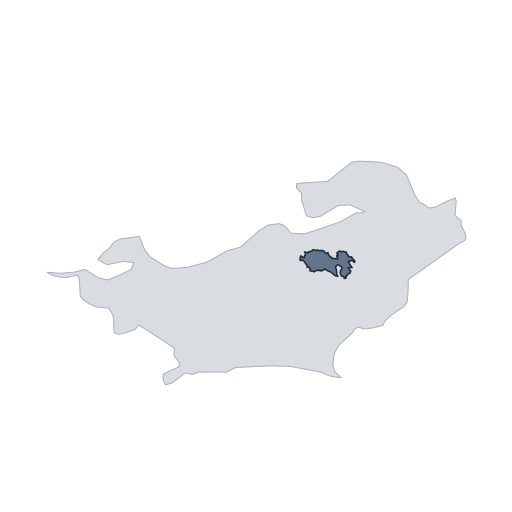 location of San Ramon, Alajuela, Costa Rica, rotated 123°
{"feature_id": "36466004B75539048151546", "entity_name": "San Ramon", "entity_type": "district", "adm_level": 2, "iso_a3": "CRI", "parent_name": "Costa Rica", "parent_adm1": "Alajuela", "projection": "robinson", "projection_center": [-84.596, 10.217], "detail": "fine", "context": "in_parent", "style": "filled", "palette": "slate", "viewbox_px": 512, "rotation_deg": 123, "n_neighbors": 0, "source": "geoboundaries", "source_scale": "gbopen_adm2", "svg_char_len": 7054}
<svg xmlns="http://www.w3.org/2000/svg" viewBox="0 0 512 512"><g transform="rotate(123 256 256)"><path d="M413.1,261.7L412.5,263.7L410.9,265.7L408.6,267.8L405.5,269.3L398.1,265.0L390.8,260.1L386.7,262.3L385.2,268.7L382.5,271.9L379.1,273.2L377.7,275.3L377.5,296.7L377.7,316.9L383.3,317.3L392.5,324.4L396.4,328.5L397.7,332.3L396.6,334.2L389.8,338.6L383.2,344.1L379.9,351.1L385.7,362.3L387.0,369.9L386.8,377.9L385.2,381.7L372.4,390.9L369.6,394.1L370.0,396.4L377.0,402.7L380.4,408.8L383.2,416.2L383.5,422.6L377.1,410.7L368.3,399.4L360.6,392.4L360.0,376.2L356.9,367.3L345.3,359.2L335.3,353.5L328.0,354.6L332.5,364.0L344.2,376.0L344.9,380.6L344.8,386.8L336.7,385.8L329.7,383.3L321.0,382.5L315.3,378.8L303.1,364.5L311.8,352.3L314.4,344.3L314.2,327.6L312.2,319.5L302.8,307.3L287.9,293.8L267.0,282.8L257.2,273.9L232.7,267.1L223.4,262.6L216.2,254.2L215.1,248.2L217.7,239.0L210.9,227.2L181.8,204.1L165.5,195.6L162.0,190.6L159.4,189.1L161.9,205.0L169.0,214.6L187.6,223.6L192.7,228.8L194.8,235.6L184.0,248.6L178.5,251.9L176.9,259.0L173.3,261.2L169.6,257.1L154.6,236.7L125.4,226.9L120.1,220.9L109.3,202.3L104.3,185.3L106.1,173.9L118.1,156.3L121.9,148.6L121.1,143.8L121.5,136.9L117.0,132.0L106.0,125.7L98.9,120.6L100.9,118.0L113.6,111.2L114.4,105.0L114.3,103.0L116.4,102.5L118.2,100.9L119.4,99.2L122.8,93.3L125.9,89.9L129.4,89.4L133.6,91.9L149.6,98.3L167.4,105.4L192.7,115.5L203.2,109.0L212.2,104.1L218.5,104.8L232.1,110.5L240.3,112.4L245.3,111.8L254.0,120.2L258.8,126.6L259.6,130.8L262.2,133.1L269.0,133.6L285.6,137.9L295.7,137.1L305.0,132.5L310.0,127.1L311.6,118.5L313.9,122.7L316.7,129.4L317.9,138.0L329.8,166.7L339.4,182.8L360.3,212.0L369.3,217.4L384.6,240.9L389.9,244.8L392.9,251.8L408.7,257.5L413.1,261.7Z" fill="#d9dde1" stroke="#a8b0b8" stroke-width="1"/><path d="M237.5,198.5L237.2,198.5L236.9,198.5L236.7,198.5L236.5,198.2L236.3,198.1L235.9,198.0L235.7,197.9L235.5,197.7L235.4,197.4L235.2,197.3L235.1,197.0L234.7,196.9L234.4,196.7L234.3,196.4L234.1,196.4L234.1,196.0L233.8,196.0L233.6,195.8L233.7,195.4L233.7,195.2L233.7,194.8L233.5,194.7L233.5,194.4L233.3,194.4L233.3,194.1L233.3,193.9L233.1,193.7L233.0,193.4L233.0,193.2L232.9,193.2L232.6,193.2L232.3,193.0L232.2,192.8L232.0,192.7L231.9,192.6L231.7,192.5L231.8,192.3L231.4,192.0L231.2,192.0L230.8,191.7L230.6,191.7L230.4,191.5L230.2,191.5L230.1,191.3L229.8,191.3L229.7,191.4L229.5,191.2L229.7,190.9L229.6,190.6L229.4,190.4L229.4,190.2L229.4,189.8L229.3,188.6L229.4,188.3L229.5,188.1L229.2,187.0L229.1,186.9L229.0,186.1L229.0,185.7L228.9,185.5L228.8,185.0L228.9,182.2L229.2,181.3L229.4,180.8L229.4,179.9L229.2,179.5L229.3,178.3L228.7,177.1L228.6,176.6L228.5,176.4L228.3,176.4L228.3,176.5L228.2,177.0L228.0,177.4L228.0,177.7L227.5,178.2L227.2,178.5L226.6,178.7L225.7,179.6L225.1,180.1L224.4,180.5L224.2,180.8L223.5,181.2L223.3,181.6L223.0,182.1L222.8,182.4L221.9,183.3L221.5,183.3L221.0,183.2L219.6,183.2L219.2,182.9L218.7,182.2L218.6,181.7L218.5,181.0L218.5,180.7L218.7,180.0L218.7,179.7L218.6,179.3L218.5,179.0L218.6,177.7L219.4,177.5L219.9,177.1L220.1,176.9L220.5,176.9L220.7,177.0L221.3,177.1L221.7,177.3L222.0,177.3L222.1,177.2L222.3,177.0L222.7,176.9L223.0,176.7L223.5,176.7L223.9,176.5L224.1,176.4L224.1,176.2L224.6,175.6L224.9,175.3L225.3,175.1L225.7,174.8L225.8,174.5L226.0,174.1L226.1,173.5L226.1,172.9L226.0,172.5L225.7,172.2L225.7,171.2L225.8,170.8L226.1,170.2L226.7,170.0L226.8,169.8L226.8,169.7L226.3,169.3L226.2,169.3L226.1,169.2L225.9,169.1L225.7,168.9L225.6,168.6L225.2,168.5L225.1,169.1L224.7,169.3L224.4,169.5L223.3,169.5L223.3,169.4L223.3,169.2L223.2,169.2L222.9,169.1L222.5,169.0L222.1,169.0L221.9,169.0L221.5,169.0L221.3,169.1L221.2,169.1L220.8,168.8L220.0,168.4L219.7,168.0L219.5,167.9L219.1,167.9L218.7,167.9L218.4,168.0L218.1,168.1L217.2,168.2L217.0,168.3L216.9,168.5L217.0,168.9L217.0,169.3L216.9,169.7L216.5,170.2L216.4,170.6L216.2,171.0L215.7,171.7L215.5,172.1L213.4,169.2L210.3,176.2L210.3,175.8L210.0,175.4L209.8,175.1L209.8,174.7L209.4,174.4L209.0,174.3L208.1,173.8L207.8,173.8L207.7,173.7L207.4,172.4L207.4,172.1L207.4,171.8L207.4,171.2L207.7,170.7L207.9,170.4L207.9,170.2L207.6,169.9L207.4,169.9L207.2,170.3L206.6,170.3L206.2,170.6L206.1,170.8L206.1,172.0L205.8,172.7L205.5,173.4L205.2,174.4L204.9,174.9L204.7,175.3L204.7,175.6L204.9,175.8L205.1,176.0L205.5,176.1L205.6,176.3L205.8,177.4L205.8,177.8L206.0,178.3L206.0,178.7L205.9,178.8L205.6,179.0L205.4,179.0L205.2,179.2L205.2,179.4L205.0,179.8L204.9,180.2L204.8,180.7L204.8,180.8L204.4,181.5L204.0,182.1L203.7,182.1L203.6,182.6L203.9,182.9L203.9,183.2L204.2,183.6L204.3,184.4L204.4,184.6L204.6,185.3L204.9,185.5L205.0,185.9L205.2,186.1L205.8,186.6L206.0,186.6L206.1,187.0L206.1,187.6L206.2,187.8L206.2,188.3L206.3,188.6L206.5,188.8L207.1,189.2L208.0,189.4L208.4,189.5L208.6,189.4L208.8,189.4L209.3,189.7L209.5,189.7L209.7,189.3L209.9,189.3L210.0,189.2L210.3,188.6L210.3,188.4L210.2,188.0L210.2,187.9L210.4,187.7L210.6,187.9L211.0,187.9L211.0,188.0L211.8,188.4L212.1,188.4L212.6,187.7L212.7,187.4L212.7,187.0L212.8,186.8L213.4,186.5L213.7,186.1L213.9,186.1L214.0,186.3L214.3,186.2L214.4,186.4L214.7,186.6L214.8,187.5L215.2,188.0L215.2,188.5L215.4,188.9L215.5,189.3L215.8,189.5L216.3,190.3L216.2,190.8L216.2,191.1L216.5,191.4L216.2,191.7L216.1,191.9L216.0,192.9L216.2,193.3L216.2,193.5L216.0,193.9L215.9,194.3L215.8,195.4L215.7,195.6L215.3,196.0L214.7,196.6L214.0,197.6L214.4,197.8L215.1,197.8L215.3,197.9L215.6,198.0L215.7,198.4L215.6,198.9L215.4,199.2L215.3,199.7L215.3,199.9L215.3,200.0L215.6,200.3L215.6,200.6L215.5,200.9L215.4,201.1L215.2,201.3L214.9,201.5L214.8,201.8L215.0,202.1L215.1,202.4L215.0,203.0L215.5,203.3L215.8,203.9L215.9,204.6L216.1,204.9L216.4,205.0L216.5,205.1L216.9,205.7L217.2,206.5L217.4,207.2L217.6,207.6L217.7,208.0L218.0,208.1L218.4,208.2L218.4,208.5L218.5,208.7L218.7,209.0L218.8,209.5L219.0,209.6L219.1,209.8L219.2,210.6L219.4,211.3L219.6,211.5L220.2,211.8L220.6,211.7L220.8,211.7L221.1,211.7L221.4,211.7L221.5,211.8L221.7,212.3L222.2,212.6L222.5,212.9L222.8,213.1L223.0,213.5L223.6,213.6L223.8,213.8L223.9,214.0L224.3,214.4L224.7,214.4L224.8,214.2L225.0,213.4L225.2,214.2L225.1,214.5L225.1,214.9L225.4,215.1L225.4,215.4L225.6,215.8L225.8,215.9L225.9,216.3L225.9,216.5L225.8,216.8L226.0,217.0L226.1,217.3L226.2,217.2L226.3,216.9L226.4,216.6L226.9,216.3L227.3,215.8L227.5,215.7L228.3,215.3L228.7,215.2L229.1,215.1L229.2,215.3L229.6,215.3L230.4,215.0L230.5,215.0L230.9,215.2L231.1,215.2L231.3,215.0L231.5,215.4L231.5,215.7L231.5,216.0L231.5,216.3L231.6,217.4L231.6,217.7L231.4,218.0L231.5,218.5L231.8,218.6L232.3,218.3L233.3,218.0L234.1,217.7L234.4,217.6L234.5,217.4L234.8,217.4L235.3,216.8L235.5,216.7L235.5,216.3L235.3,215.7L234.8,215.4L234.6,215.1L234.1,214.9L234.0,214.6L234.1,213.3L234.3,212.9L234.4,212.7L234.5,212.4L234.7,212.0L235.0,210.9L235.1,210.7L235.5,209.9L235.7,209.3L236.1,207.9L236.4,207.7L236.8,207.7L237.4,207.2L237.3,206.6L237.1,206.5L237.2,206.2L236.7,205.8L236.4,205.6L236.5,205.3L236.7,205.1L236.7,204.8L236.8,204.7L237.2,204.4L237.4,204.2L237.3,203.4L237.5,203.1L238.2,202.8L239.0,202.6L238.5,201.6L237.5,198.5Z" fill="#64748b" stroke="#1e293b" stroke-width="1.5"/></g></svg>